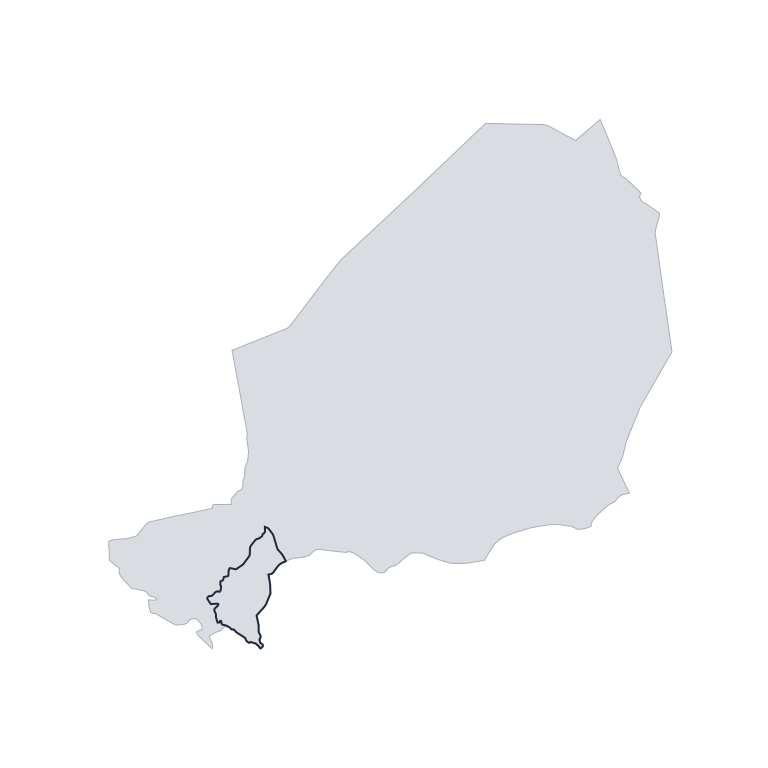 location of Dosso within Niger, rotated 350°
{"feature_id": "NER-93", "entity_name": "Dosso", "entity_type": "Department", "adm_level": 1, "iso_a3": "NER", "parent_name": "Niger", "parent_adm1": "", "projection": "albers", "projection_center": [3.221, 13.177], "detail": "fine", "context": "in_parent", "style": "outline", "palette": "slate", "viewbox_px": 768, "rotation_deg": 350, "n_neighbors": 0, "source": "natural_earth", "source_scale": "10m", "svg_char_len": 6021}
<svg xmlns="http://www.w3.org/2000/svg" viewBox="0 0 768 768"><g transform="rotate(350 384 384)"><path d="M606.7,534.0L599.7,534.4L595.7,535.8L590.8,539.9L585.2,541.7L578.4,545.4L574.2,548.3L570.2,550.6L564.7,556.1L563.0,560.2L557.4,561.2L549.5,560.9L544.4,557.0L532.7,553.1L525.1,551.6L521.6,551.2L503.9,551.1L485.1,553.3L475.5,555.5L473.8,556.0L468.4,558.7L464.0,561.7L452.1,575.1L435.8,575.0L426.3,573.8L418.1,571.9L406.5,566.1L392.2,557.1L386.7,555.9L381.8,555.3L380.2,555.5L363.5,565.0L360.3,564.9L356.3,566.0L353.7,568.3L351.8,569.5L349.8,569.7L347.1,569.2L344.5,567.9L341.9,565.3L334.8,555.1L333.3,553.3L330.3,550.3L325.3,545.6L321.9,543.5L319.8,542.9L317.4,543.3L303.8,539.4L290.3,535.2L287.3,535.8L285.2,536.7L280.6,539.9L275.1,540.5L268.1,540.3L264.3,539.9L258.1,541.0L254.0,542.3L248.6,544.5L241.7,550.4L239.7,551.2L238.0,552.2L235.7,568.4L233.8,573.2L230.3,579.6L223.3,585.8L218.5,589.5L218.4,594.5L218.0,602.7L218.0,608.3L218.3,612.0L217.5,613.7L217.2,615.3L217.4,617.7L218.6,618.8L219.3,620.3L218.8,621.5L216.5,623.0L214.0,619.3L210.8,616.7L207.3,615.6L204.9,613.7L203.6,611.1L199.0,606.0L188.4,596.0L187.3,595.8L185.5,595.4L182.5,596.6L180.7,598.2L179.4,598.8L177.4,598.9L172.3,600.2L168.3,601.8L168.2,603.2L170.1,610.8L169.1,614.9L167.4,612.9L161.5,605.2L157.5,599.5L156.8,598.3L156.2,596.3L156.6,595.5L158.2,594.9L161.9,594.1L162.6,593.6L162.8,592.0L162.3,589.1L160.3,585.1L158.1,582.5L156.9,582.0L154.7,581.9L152.3,582.3L147.8,585.4L145.8,586.0L141.1,585.7L137.0,585.1L134.5,583.4L127.0,577.0L118.8,570.2L115.3,569.3L114.5,568.6L114.0,563.4L114.2,557.2L114.7,555.6L118.1,556.6L121.8,557.1L123.0,556.0L120.0,553.7L115.8,551.5L114.3,548.1L113.1,546.9L111.2,545.7L109.0,545.1L106.9,544.1L105.4,543.1L102.9,542.6L100.3,541.9L96.7,536.4L93.1,531.0L91.0,526.8L90.3,524.3L91.4,520.0L90.3,518.3L86.3,513.9L83.0,509.8L83.9,503.6L84.7,498.4L84.7,495.1L85.3,493.2L85.7,491.1L88.0,490.5L93.7,490.6L104.7,491.7L113.6,490.7L114.1,490.5L120.4,485.0L127.4,479.2L137.8,478.7L149.1,478.1L157.9,477.8L170.8,477.5L181.2,477.1L193.3,476.7L193.7,474.0L194.4,473.3L195.6,473.2L204.5,474.7L212.8,476.1L213.4,471.0L220.7,464.6L224.9,463.3L225.9,462.2L227.2,460.0L228.0,456.7L228.3,454.3L229.9,452.4L231.0,448.8L232.5,442.5L236.5,435.8L238.9,426.9L239.2,418.2L239.6,411.6L240.8,410.2L240.7,398.5L240.6,386.8L240.6,376.8L240.5,364.5L240.4,353.6L240.3,341.9L240.3,331.4L240.2,324.4L248.5,322.7L257.1,320.9L269.7,318.3L283.2,315.5L298.1,312.4L301.4,310.5L312.5,300.3L317.5,295.7L327.4,286.5L335.0,279.5L344.7,270.5L354.9,261.4L363.1,254.2L375.9,245.9L395.3,233.4L414.6,220.8L433.8,208.3L453.0,195.7L472.1,183.0L491.2,170.4L510.2,157.7L529.2,145.0L548.9,148.9L567.5,152.6L586.4,156.2L590.8,158.4L601.1,166.6L614.3,177.0L614.8,177.2L615.4,177.2L627.3,170.2L642.8,161.0L648.0,183.7L652.0,203.1L652.9,215.7L653.2,218.9L654.5,221.1L657.6,223.2L670.3,240.7L667.9,244.0L670.0,249.6L673.2,251.8L683.6,262.2L685.0,264.2L684.5,266.0L678.3,279.1L677.2,282.3L676.7,298.6L676.2,310.2L675.7,326.0L675.0,345.0L674.5,361.0L673.8,382.3L673.2,402.4L663.6,413.8L646.6,434.2L632.7,450.7L625.8,461.7L612.4,483.1L606.5,496.8L601.8,504.0L599.4,507.1L602.0,516.9L606.7,534.0Z" fill="#d9dde1" stroke="#a8b0b8" stroke-width="1"/><path d="M237.0,562.1L235.8,570.7L229.5,580.6L227.0,583.1L218.5,589.6L218.3,590.0L218.7,600.0L217.7,605.2L217.6,607.0L218.6,609.9L218.8,611.3L218.1,612.6L217.5,613.3L217.0,613.9L216.9,614.6L217.1,616.8L217.2,617.2L217.4,617.7L217.6,617.8L218.7,618.9L219.2,619.6L219.4,620.4L219.1,621.3L218.6,621.8L216.6,623.0L216.3,622.8L215.9,622.1L215.6,621.9L215.5,621.6L215.4,621.3L215.2,621.0L215.0,620.3L214.9,620.0L214.7,619.9L214.5,619.7L214.2,619.5L212.9,617.6L212.6,617.3L212.2,617.0L210.7,616.5L209.0,615.4L208.5,615.2L208.1,615.0L207.6,614.9L207.1,615.2L206.6,615.5L206.0,615.3L205.5,615.0L205.2,614.7L204.6,614.0L203.7,612.5L203.5,611.8L203.3,610.9L203.2,610.0L203.0,609.8L202.5,609.4L202.4,609.2L195.6,603.0L194.1,600.6L193.7,599.9L193.5,599.7L193.2,599.6L191.9,599.4L191.4,599.3L191.0,599.0L190.7,598.7L190.4,597.8L190.1,597.3L189.7,596.9L188.9,596.4L187.1,594.7L186.2,594.4L184.8,593.5L184.0,593.4L183.1,593.0L182.6,592.1L182.5,590.9L182.5,589.9L182.4,589.3L182.1,589.0L181.8,588.8L181.4,588.9L181.2,589.1L181.1,589.4L180.9,589.7L180.9,589.9L180.8,590.2L180.5,590.3L180.3,590.2L178.7,590.1L178.6,589.7L178.6,588.6L178.4,588.1L178.3,587.3L178.1,584.6L178.1,583.5L178.4,582.6L178.4,581.9L178.4,581.3L178.4,580.9L177.7,578.3L177.6,577.8L177.6,577.3L177.7,576.8L177.7,576.6L177.9,576.3L178.2,576.0L178.7,575.5L179.3,575.1L180.2,574.6L180.4,574.5L181.7,573.4L182.4,573.0L182.5,572.8L182.6,572.4L182.4,571.7L181.9,571.5L181.3,571.3L175.4,570.7L175.2,570.6L172.7,565.1L172.7,564.9L172.7,564.7L172.7,564.4L172.9,564.1L173.1,563.7L173.6,563.2L174.0,562.8L174.5,562.6L174.8,562.5L175.1,562.4L175.3,562.5L176.2,562.7L176.7,562.8L177.2,562.7L177.4,562.7L177.8,562.6L178.2,562.4L178.4,562.3L181.8,559.7L183.2,559.3L183.7,559.3L184.5,559.4L184.6,559.5L184.8,559.5L185.3,559.9L185.7,560.0L185.9,560.0L186.2,560.0L186.4,559.9L186.7,559.6L187.4,558.5L188.0,556.9L188.4,555.0L188.4,554.8L188.3,554.6L188.0,553.8L187.9,553.6L187.9,553.4L188.0,552.9L188.2,552.1L188.4,551.1L188.5,550.3L188.6,550.1L188.8,549.9L189.6,549.7L190.7,549.5L191.3,549.2L191.6,548.8L192.5,546.9L192.7,546.4L193.1,546.2L193.4,546.2L196.1,546.2L196.7,546.1L197.3,545.9L197.6,545.4L197.7,544.7L198.4,541.3L198.9,540.3L199.6,539.0L200.0,538.6L200.5,538.6L201.1,538.8L205.2,540.5L205.8,540.7L206.2,540.7L212.7,537.8L214.0,537.1L221.2,530.3L221.9,529.4L222.2,528.6L223.5,522.4L223.7,521.8L223.9,521.5L225.1,519.8L230.4,515.2L230.9,514.9L231.5,514.7L231.9,514.6L232.5,514.5L233.5,514.6L233.8,514.5L236.8,513.1L237.4,512.7L237.9,512.2L238.4,510.9L238.7,510.6L239.0,510.4L240.1,510.1L241.2,508.8L241.9,504.0L244.6,505.7L245.4,506.7L248.4,512.7L248.8,514.3L250.4,527.9L250.6,528.4L254.3,534.5L256.6,541.4L256.6,541.5L252.0,542.6L249.9,543.5L248.0,544.8L241.9,550.7L240.8,551.3L239.7,551.5L237.1,551.6L237.1,561.2L237.0,562.1Z" fill="none" stroke="#1e293b" stroke-width="2"/></g></svg>